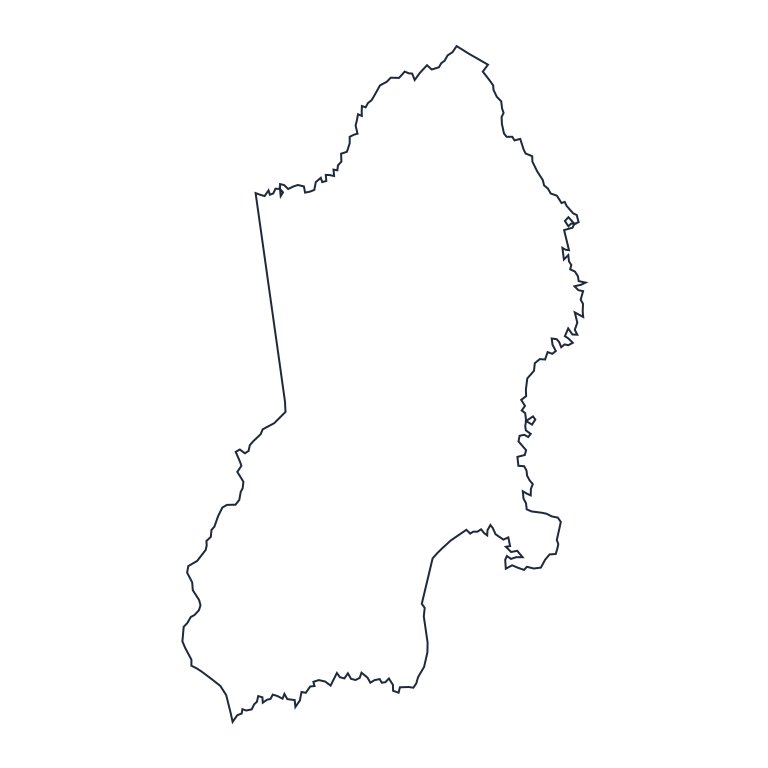 Santa Bárbara do Sul, Rio Grande do Sul, Brazil (Equal Earth projection)
{"feature_id": "56859067B69809545367757", "entity_name": "Santa Bárbara do Sul", "entity_type": "district", "adm_level": 2, "iso_a3": "BRA", "parent_name": "Brazil", "parent_adm1": "Rio Grande do Sul", "projection": "equal_earth", "projection_center": [-53.257, -28.368], "detail": "fine", "context": "isolated", "style": "outline", "palette": "slate", "viewbox_px": 768, "rotation_deg": 0, "n_neighbors": 0, "source": "geoboundaries", "source_scale": "gbopen_adm2", "svg_char_len": 4257}
<svg xmlns="http://www.w3.org/2000/svg" viewBox="0 0 768 768"><path d="M574.4,223.8L578.6,222.2L576.7,215.0L573.2,213.4L566.6,205.9L564.7,201.9L561.5,203.0L556.9,195.7L550.7,193.5L548.0,188.7L544.1,185.4L542.8,180.1L537.2,171.4L532.4,161.6L532.2,156.2L525.6,153.5L523.6,149.5L522.0,144.4L520.2,138.9L514.5,140.4L512.3,136.8L506.6,136.8L504.0,133.5L501.9,123.9L501.6,117.0L503.6,112.9L502.1,108.6L501.2,101.3L496.8,96.8L493.5,89.9L493.2,85.5L489.8,80.6L482.8,71.6L488.0,64.7L468.8,53.7L456.6,46.1L452.5,52.2L447.6,55.4L444.6,60.7L441.2,63.3L438.9,67.3L431.7,69.5L427.0,65.2L419.7,73.1L414.7,80.0L412.2,73.6L408.8,73.3L404.7,71.6L399.1,77.9L390.7,77.7L386.9,81.7L380.0,85.4L374.2,95.8L371.6,100.2L367.9,103.1L365.6,107.4L361.9,106.0L361.7,111.4L361.8,115.9L358.0,114.3L356.8,120.7L355.6,125.5L357.5,133.7L353.9,134.7L349.7,136.8L349.7,143.3L346.9,151.8L341.1,153.7L341.4,161.6L338.0,165.3L337.3,170.3L333.5,169.6L334.1,176.0L329.8,175.1L325.8,174.9L326.3,181.0L322.2,182.1L320.8,177.8L315.8,182.1L314.3,189.9L310.1,191.6L305.1,192.6L303.9,186.4L297.9,185.0L293.3,186.5L288.2,189.0L284.0,185.0L280.1,184.1L280.0,189.0L275.5,188.7L273.2,193.5L269.9,194.7L268.5,190.4L264.6,196.1L259.7,194.6L255.6,193.1L280.0,366.0L285.0,401.8L285.5,411.9L274.2,423.2L262.7,429.3L260.7,434.2L253.4,441.1L249.8,445.2L248.6,450.9L244.9,453.3L239.8,449.5L235.7,451.9L240.0,461.7L241.4,465.8L237.3,471.9L243.4,481.7L242.7,488.1L240.7,491.9L239.3,499.9L235.5,504.7L226.9,504.9L222.3,507.6L218.0,516.4L214.4,526.7L211.5,529.9L210.8,536.9L206.4,541.0L206.7,545.5L205.7,549.9L197.2,560.9L188.3,566.1L187.1,572.6L192.2,582.4L192.8,590.2L199.1,600.0L200.5,605.3L198.9,610.3L194.4,615.1L190.8,617.0L187.2,623.2L183.7,626.8L182.4,641.3L185.1,647.8L191.4,659.6L191.4,665.7L197.1,668.6L201.8,671.7L213.6,680.6L220.4,686.0L226.2,695.1L230.9,714.0L232.6,721.9L237.3,715.2L241.7,713.5L242.4,709.2L246.2,710.5L251.7,709.4L254.1,704.4L256.9,701.8L258.2,696.1L262.4,697.3L262.8,702.7L267.1,699.7L270.5,698.9L272.8,694.6L277.6,696.1L282.5,698.7L284.4,693.9L287.3,699.1L294.7,700.1L295.4,707.0L299.9,700.4L301.5,692.0L305.8,692.8L310.2,686.5L314.5,686.0L313.4,681.8L318.8,680.1L325.1,681.5L330.6,685.6L336.9,673.0L339.9,677.2L344.4,678.4L347.9,673.3L351.0,678.8L355.5,680.0L359.7,677.9L361.5,672.7L367.5,677.6L370.3,682.7L374.6,680.1L379.7,679.1L381.8,682.7L385.4,682.2L388.9,678.5L392.9,684.8L393.1,690.8L398.6,692.7L399.9,687.3L408.5,687.0L413.4,687.7L416.3,683.4L418.1,677.0L424.1,666.9L427.4,652.4L427.6,642.6L423.8,616.4L424.7,607.9L421.8,603.8L432.6,558.4L437.6,552.8L442.6,547.9L446.3,544.6L450.6,540.6L456.4,536.6L466.4,529.8L470.2,533.6L473.2,531.7L477.4,531.7L481.1,529.3L484.1,533.1L487.2,535.4L487.5,530.2L490.4,525.0L492.8,528.1L495.6,534.3L503.4,539.6L508.3,537.4L510.1,546.1L505.9,546.8L511.1,552.0L517.2,550.8L522.6,557.2L516.1,557.2L511.0,558.9L506.9,556.0L505.2,559.8L505.8,568.7L512.1,565.3L517.6,567.6L524.0,569.9L526.9,566.8L533.8,568.5L540.9,567.6L545.0,559.9L549.6,554.4L555.7,554.0L557.3,548.8L558.3,544.1L556.8,540.0L559.1,529.8L560.8,521.9L557.8,517.6L551.8,516.4L546.4,513.7L542.1,512.8L536.8,512.1L531.4,511.4L526.7,509.3L526.0,503.2L523.5,498.6L522.8,491.3L526.4,493.4L530.7,495.4L530.9,488.9L532.8,484.1L529.7,480.5L527.1,475.7L526.5,470.5L524.1,466.2L518.4,465.8L517.4,456.9L524.8,455.0L526.1,450.2L518.5,441.4L519.6,435.8L524.3,434.8L528.2,437.0L530.7,433.9L525.9,430.4L525.2,426.0L526.1,421.0L525.2,413.1L521.7,410.5L525.0,405.9L521.2,399.9L526.1,396.2L525.9,389.4L527.3,378.4L534.0,370.8L534.8,363.2L539.8,359.1L545.1,359.5L547.6,352.1L552.3,353.8L555.8,351.0L552.5,344.7L551.7,338.5L556.7,339.2L559.2,342.1L561.2,347.2L564.6,344.4L568.3,345.2L572.8,342.8L568.2,338.3L564.9,336.2L568.2,328.4L572.4,334.5L577.3,334.7L574.8,329.8L577.3,322.6L574.8,312.4L583.2,317.0L582.7,311.9L583.0,303.8L580.7,299.7L583.1,291.1L578.4,290.2L574.5,286.3L581.2,284.7L585.6,282.6L578.7,281.1L577.9,276.3L575.0,271.6L570.2,269.3L571.3,265.0L569.0,261.4L568.3,255.1L563.9,259.5L562.4,247.9L565.5,249.7L569.0,250.2L564.1,230.1L572.5,227.7L574.4,223.8ZM574.4,223.8L571.1,223.6L568.4,226.3L564.9,221.0L568.4,217.2L574.4,223.8ZM280.0,189.0L283.0,192.3L280.7,196.1L280.0,189.0ZM526.1,421.0L532.0,424.6L535.3,419.6L533.0,416.4L526.1,421.0Z" fill="none" stroke="#1e293b" stroke-width="2"/></svg>